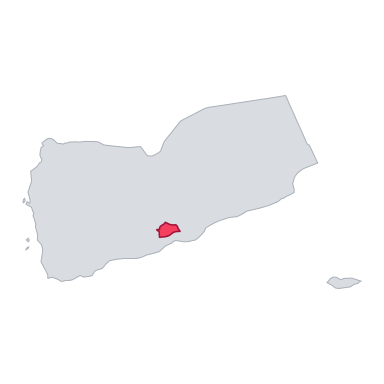 location of Mayfa'ah, Shabwah, Yemen
{"feature_id": "15242507B4449600495147", "entity_name": "Mayfa'ah", "entity_type": "district", "adm_level": 2, "iso_a3": "YEM", "parent_name": "Yemen", "parent_adm1": "Shabwah", "projection": "albers", "projection_center": [47.797, 14.413], "detail": "fine", "context": "in_parent", "style": "filled", "palette": "rose", "viewbox_px": 384, "rotation_deg": 0, "n_neighbors": 0, "source": "geoboundaries", "source_scale": "gbopen_adm2", "svg_char_len": 5277}
<svg xmlns="http://www.w3.org/2000/svg" viewBox="0 0 384 384"><path d="M317.7,163.0L303.8,168.5L300.1,170.9L296.8,173.8L294.4,177.4L292.7,183.7L294.2,189.4L294.1,192.4L290.5,194.5L287.1,196.0L283.4,198.3L281.1,198.9L279.2,200.7L277.1,202.0L269.2,205.3L260.6,207.9L247.0,211.1L241.7,214.4L236.9,216.7L229.6,217.4L219.5,220.6L214.0,223.1L207.0,227.1L205.5,228.4L204.3,231.3L202.2,233.9L198.0,238.1L194.9,240.2L192.7,240.4L188.7,241.6L183.8,241.8L175.7,240.4L173.6,241.4L171.9,243.0L165.6,245.9L159.3,251.6L154.6,253.1L147.0,254.9L141.7,257.2L138.2,258.2L133.6,258.6L125.2,258.4L117.1,259.2L109.7,260.7L106.2,263.7L102.2,268.5L95.6,270.5L94.1,272.2L92.0,275.7L87.8,276.6L83.9,277.1L80.1,275.5L72.6,279.7L69.8,280.4L65.6,280.5L62.6,281.4L60.5,281.1L57.8,279.3L52.1,277.2L47.9,278.4L47.7,274.4L41.0,261.8L42.7,251.0L42.7,249.4L41.4,244.6L37.4,240.1L37.6,234.5L36.4,230.4L35.4,226.3L35.7,225.2L35.8,224.2L33.9,217.8L33.2,216.5L33.0,215.2L33.7,214.2L33.7,213.0L32.6,211.0L31.5,207.3L26.0,204.3L27.2,201.6L28.3,202.6L29.7,203.4L30.1,201.7L30.1,200.3L28.0,192.1L31.6,181.2L30.7,171.3L36.0,167.4L37.4,166.2L38.2,165.2L39.4,162.9L41.1,162.2L41.8,159.9L41.7,158.7L40.7,157.7L39.9,154.9L40.3,151.4L40.6,149.9L41.2,147.3L43.0,146.3L43.5,145.5L42.1,143.8L42.2,142.8L45.4,140.0L46.6,139.2L48.6,138.4L50.2,138.4L52.0,138.9L53.6,139.8L55.1,141.2L56.7,142.9L59.3,143.6L61.0,143.4L62.4,144.2L63.6,143.8L65.0,143.0L67.1,143.1L69.1,142.1L74.6,141.8L79.9,142.1L85.5,141.4L91.1,141.5L96.7,141.7L97.9,141.8L99.1,142.3L103.8,144.9L107.4,145.4L114.6,146.2L122.3,147.0L128.9,147.7L134.6,147.1L139.3,146.6L140.5,146.7L141.9,148.3L144.7,152.2L147.4,155.8L152.1,156.0L155.1,154.7L158.4,152.8L160.4,151.3L162.7,145.3L164.2,141.5L167.7,137.2L170.6,133.6L174.4,128.8L176.5,126.1L180.7,120.9L184.6,118.9L192.3,114.9L199.8,111.0L204.7,108.5L208.8,107.3L215.8,106.3L224.0,105.1L232.2,103.8L240.9,102.5L250.7,101.0L257.3,100.0L265.8,98.7L272.9,97.6L279.2,96.6L285.6,95.5L286.9,98.4L288.2,101.3L289.4,104.2L290.7,107.0L292.0,109.9L293.3,112.8L294.6,115.6L295.8,118.5L297.1,121.4L298.4,124.3L299.7,127.1L301.0,130.0L302.3,132.9L303.6,135.8L304.8,138.6L306.1,141.5L307.4,144.3L309.4,145.2L310.6,147.9L312.4,151.7L314.2,155.5L316.0,159.3L317.7,163.0ZM339.7,279.2L341.4,279.5L344.1,278.4L351.7,278.1L361.0,281.1L359.2,282.0L358.3,283.2L354.2,284.3L350.3,286.9L338.6,288.5L335.2,287.9L332.3,285.5L327.0,282.5L329.0,280.5L329.5,279.6L330.2,278.7L333.1,277.1L336.1,277.2L339.7,279.2ZM28.9,241.0L28.5,241.7L28.0,241.5L26.3,239.9L28.2,238.2L29.2,239.9L28.9,241.0ZM24.2,202.2L23.3,202.8L23.0,201.7L23.7,199.2L24.6,198.4L25.2,200.3L24.8,201.4L24.2,202.2ZM27.8,248.8L25.9,249.6L27.3,247.4L28.6,246.9L28.9,247.0L27.8,248.8Z" fill="#d9dde1" stroke="#a8b0b8" stroke-width="1"/><path d="M165.3,222.3L165.2,222.4L165.1,222.6L165.0,222.8L164.9,223.0L164.7,223.2L164.6,223.3L164.4,223.5L164.1,223.8L163.9,224.0L163.7,224.2L163.5,224.3L163.3,224.4L163.1,224.5L162.9,224.6L162.7,224.7L161.6,225.5L160.7,226.0L160.2,226.6L160.1,226.8L159.9,227.1L159.8,227.4L159.6,228.2L159.6,228.6L159.7,229.1L159.6,229.3L159.4,229.5L158.7,229.5L158.1,229.4L157.3,229.5L156.9,229.6L156.8,229.9L157.0,230.2L157.3,230.5L157.8,230.8L158.5,231.1L158.9,231.3L159.1,231.5L159.2,231.9L159.2,232.2L159.2,232.4L159.2,232.6L159.3,235.0L159.5,237.2L159.8,237.2L160.0,237.2L160.5,237.1L160.9,237.1L161.2,237.1L161.4,237.1L161.6,237.1L161.9,237.1L162.1,237.1L162.3,237.0L162.6,237.0L162.8,236.9L163.0,236.9L163.3,236.9L163.5,236.9L163.8,236.9L164.0,236.9L164.5,236.8L164.9,236.8L165.2,236.8L165.4,236.7L165.6,236.7L165.8,236.6L166.1,236.5L166.3,236.5L166.5,236.4L166.8,236.4L167.0,236.3L167.4,236.2L167.6,236.2L167.8,235.8L168.2,235.7L168.7,235.8L168.9,235.7L169.1,235.5L169.3,235.4L169.5,235.3L169.7,235.1L169.9,235.0L170.1,234.9L170.3,234.7L170.5,234.6L170.8,234.3L171.0,234.2L171.4,233.9L171.6,233.8L171.8,233.6L172.1,233.3L172.3,233.2L172.5,233.1L172.7,232.9L172.9,232.8L173.1,232.7L173.3,232.6L173.6,232.3L173.8,232.2L174.0,232.1L174.3,232.1L174.5,232.0L174.7,231.9L175.0,231.9L175.4,231.8L175.6,231.7L175.9,231.7L176.1,231.6L176.3,231.6L176.5,231.6L176.8,231.6L177.0,231.5L177.5,231.5L177.9,231.5L178.2,231.4L178.4,231.4L178.6,231.4L178.8,231.4L179.1,231.4L179.3,231.4L179.5,231.4L179.8,231.4L180.0,231.4L180.0,231.2L179.8,230.8L179.8,230.7L179.7,230.6L179.4,230.4L179.3,230.2L179.2,230.1L179.1,229.9L179.0,229.7L178.9,229.5L178.8,229.3L178.7,229.2L178.5,228.9L178.4,228.8L178.2,228.7L178.0,228.4L177.9,228.3L177.9,228.2L177.8,227.8L177.8,227.6L177.8,227.4L177.7,227.1L177.7,226.9L177.5,226.7L177.4,226.6L177.3,226.3L177.1,226.1L176.9,225.9L176.7,225.6L176.6,225.4L176.5,225.2L176.4,225.1L176.2,225.1L175.9,225.1L175.7,225.0L175.5,224.9L175.3,224.8L175.2,224.8L174.8,224.8L174.7,224.8L174.6,224.7L174.4,224.7L174.1,224.8L173.9,224.9L173.9,225.0L173.7,225.1L173.4,225.1L173.2,225.1L172.7,225.0L172.5,224.9L172.3,224.9L172.1,224.8L171.9,224.8L171.8,224.7L171.7,224.7L171.4,224.7L171.2,224.7L170.9,224.6L170.7,224.6L170.2,224.5L170.0,224.4L169.8,224.4L169.5,224.4L169.3,224.3L169.1,224.2L168.9,224.0L168.7,223.9L168.3,223.7L168.2,223.7L167.8,223.6L167.7,223.4L167.5,223.2L167.4,223.1L167.1,223.0L166.9,223.0L166.7,223.1L166.4,223.1L166.2,222.9L165.9,222.7L165.7,222.5L165.5,222.4L165.3,222.3L165.3,222.3Z" fill="#f43f5e" stroke="#9f1239" stroke-width="1.5"/></svg>